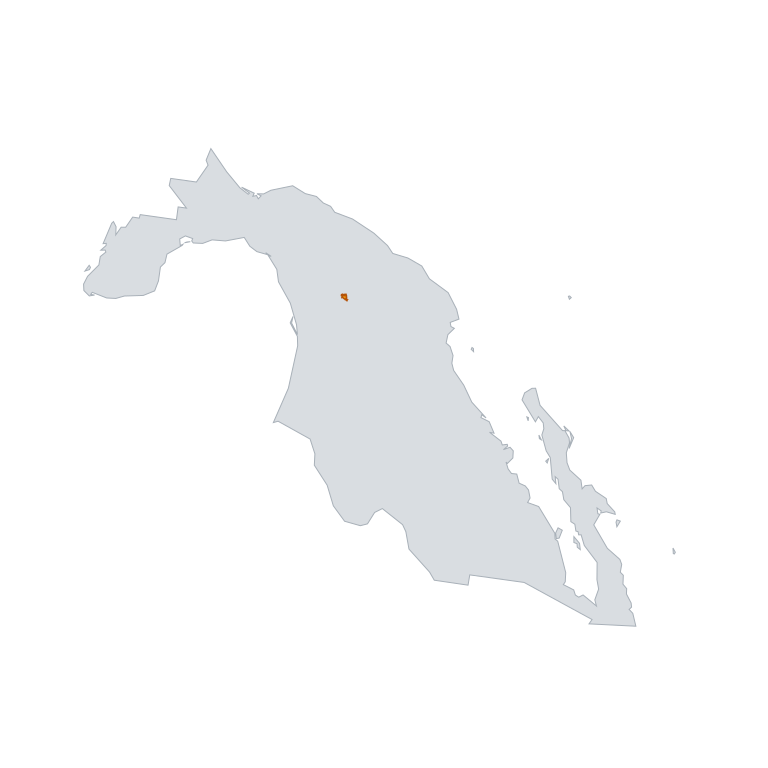 Aculco, México, Mexico shown in context, rotated 188°
{"feature_id": "50627088B12857045520905", "entity_name": "Aculco", "entity_type": "district", "adm_level": 2, "iso_a3": "MEX", "parent_name": "Mexico", "parent_adm1": "México", "projection": "robinson", "projection_center": [-99.832, 20.136], "detail": "fine", "context": "in_parent", "style": "filled", "palette": "amber", "viewbox_px": 768, "rotation_deg": 188, "n_neighbors": 0, "source": "geoboundaries", "source_scale": "gbopen_adm2", "svg_char_len": 5389}
<svg xmlns="http://www.w3.org/2000/svg" viewBox="0 0 768 768"><g transform="rotate(188 384 384)"><path d="M100.9,179.2L147.6,175.0L145.2,179.7L217.6,207.0L272.5,206.9L272.8,196.5L306.9,196.7L312.7,204.1L336.3,224.0L341.8,240.8L346.0,247.3L368.3,260.4L375.4,255.5L380.9,243.2L387.7,240.4L403.9,242.6L417.2,256.3L426.2,275.9L441.7,293.9L442.7,305.2L449.5,319.2L483.7,332.4L488.2,330.4L478.1,366.5L474.8,409.8L476.4,419.1L485.4,431.5L483.5,438.2L484.0,431.5L476.6,420.9L478.9,430.6L488.0,451.0L502.7,470.5L506.1,482.6L516.4,495.0L513.5,494.7L519.4,497.6L517.5,495.9L528.3,497.4L536.0,501.7L542.8,509.7L560.9,503.6L574.3,502.8L583.1,498.0L592.5,497.1L594.3,498.9L593.7,501.4L601.3,503.0L606.5,499.2L605.0,492.8L602.5,494.4L603.2,493.1L617.0,482.4L617.8,473.7L621.7,468.7L621.7,454.7L624.1,444.3L634.7,438.2L653.3,435.0L661.5,431.4L670.6,430.6L685.7,434.2L686.9,431.9L683.0,431.8L688.1,430.2L694.2,434.8L695.4,441.1L692.5,449.4L682.9,462.2L682.7,470.7L677.8,475.9L678.7,477.8L683.1,477.1L678.5,482.4L678.6,484.6L681.7,483.9L676.0,505.3L674.5,507.2L671.2,502.4L670.4,494.3L666.1,502.7L661.6,503.3L656.1,514.3L649.5,514.2L649.0,517.8L612.4,517.8L612.5,530.7L604.1,530.7L624.3,550.6L623.8,557.9L597.9,557.9L588.7,576.2L591.3,580.9L588.2,593.0L569.3,572.2L554.1,558.3L544.9,553.0L543.8,554.3L552.4,559.1L539.1,554.9L540.0,551.6L536.5,552.9L534.3,549.9L531.9,553.2L536.3,554.7L529.6,555.5L523.0,560.1L502.0,567.6L488.5,561.6L477.0,560.3L469.3,554.8L461.6,552.5L456.7,547.2L438.1,543.0L414.9,531.9L399.8,521.6L393.5,514.5L377.9,512.1L363.0,506.1L353.7,494.5L333.2,483.4L322.5,468.1L318.8,458.7L327.0,454.2L325.7,450.2L322.1,448.9L327.6,441.8L328.2,433.2L323.8,430.3L319.6,421.8L319.7,414.0L316.9,407.1L304.9,394.0L294.5,378.2L278.2,364.6L282.9,367.2L283.3,364.2L274.6,361.3L268.2,350.6L272.8,350.9L260.2,343.7L258.4,340.1L253.6,341.4L252.9,339.8L256.6,335.6L250.4,338.9L246.7,335.8L246.1,328.7L250.7,322.5L252.3,323.7L249.3,317.2L245.3,313.1L240.0,313.3L236.4,304.6L229.9,302.7L226.1,299.1L223.5,291.4L225.3,286.6L213.8,284.2L194.1,260.0L193.0,254.3L190.1,252.5L177.8,222.5L177.0,213.3L178.5,210.3L167.5,206.5L165.1,201.6L161.5,200.0L157.5,202.8L142.7,193.7L145.2,199.6L142.9,210.8L145.9,219.9L148.1,236.9L163.2,252.0L167.8,262.1L170.2,261.7L171.3,264.8L173.5,265.1L175.5,271.7L179.8,273.7L182.1,287.5L189.8,294.4L192.3,302.2L195.9,304.7L198.4,313.9L201.6,316.1L199.9,309.2L204.2,313.2L209.1,334.3L214.1,340.4L220.6,355.5L219.5,361.9L220.9,367.6L226.6,373.2L228.8,367.6L245.1,387.5L243.5,394.8L236.9,400.3L233.3,400.9L226.5,384.6L200.7,362.7L198.4,363.0L193.2,356.2L192.1,351.5L193.9,341.3L191.8,331.5L188.0,324.6L175.6,316.1L173.2,307.7L170.8,311.3L164.3,312.9L159.7,307.2L148.0,301.5L146.3,296.6L137.7,289.5L136.9,287.1L146.0,288.4L151.4,286.4L151.3,288.6L155.8,290.9L154.2,285.3L152.1,285.0L156.7,273.7L140.0,252.4L126.0,243.1L123.5,238.4L123.8,230.5L120.4,227.9L119.5,219.0L115.2,215.1L114.7,209.8L108.8,201.5L107.8,197.5L109.9,194.9L105.7,191.5L100.9,179.2ZM193.3,260.3L191.6,265.8L187.1,264.0L189.1,255.8L191.8,254.9L193.3,260.3ZM174.7,259.3L168.2,253.4L166.6,247.3L169.9,249.3L170.6,252.7L173.9,253.5L174.7,259.3ZM692.5,460.5L690.9,458.7L691.6,456.3L695.9,454.2L692.5,460.5ZM193.3,362.9L188.7,357.3L191.7,345.9L190.7,356.1L193.3,362.9ZM134.4,281.9L130.9,281.1L133.5,275.0L135.0,279.5L134.4,281.9ZM75.0,261.8L72.1,257.9L72.8,256.1L73.9,256.3L75.0,261.8ZM197.3,363.1L200.1,367.5L194.2,363.2L197.3,363.1ZM302.5,430.5L301.9,432.4L300.4,431.6L299.8,428.5L302.5,430.5ZM222.5,351.5L223.5,355.0L220.4,350.6L222.5,351.5ZM211.4,328.5L213.1,330.1L210.5,333.3L211.4,328.5ZM213.6,496.5L212.4,497.0L210.6,495.6L212.2,493.7L213.6,496.5ZM598.9,497.2L595.6,498.0L601.2,496.1L598.9,497.2ZM238.0,371.3L236.3,370.9L236.1,367.6L238.0,371.3Z" fill="#d9dde1" stroke="#a8b0b8" stroke-width="1"/><path d="M437.4,467.1L437.5,467.1L437.5,466.9L437.7,466.7L437.8,466.6L438.0,466.5L438.0,466.4L438.4,466.5L438.4,466.2L438.5,466.2L438.5,465.7L438.4,465.7L438.1,465.6L437.9,465.5L437.8,465.4L437.7,465.2L437.6,465.3L437.5,465.2L437.6,464.8L437.4,464.9L437.5,464.7L437.6,464.3L437.6,463.8L437.2,464.0L436.9,464.2L436.8,463.9L436.7,463.9L436.5,463.7L436.4,463.6L436.2,463.4L435.9,463.3L435.8,463.2L435.7,463.2L435.4,463.0L435.3,462.9L435.2,462.9L435.0,462.7L434.9,462.7L434.7,462.6L434.4,462.6L434.2,462.6L434.1,462.4L433.9,462.3L433.7,462.3L433.7,462.2L433.5,462.3L433.5,462.5L432.9,462.6L432.9,462.4L432.9,462.2L432.8,461.9L432.7,461.7L432.4,461.5L432.4,461.4L432.2,461.4L432.2,461.6L432.3,461.7L432.3,461.8L432.4,462.0L432.5,462.1L432.4,462.2L432.5,462.2L432.5,462.3L432.5,462.5L432.6,462.8L432.8,463.0L433.0,463.2L433.0,463.3L433.1,463.5L433.3,463.5L433.2,463.6L433.3,463.7L433.3,463.8L433.5,463.9L433.4,463.9L433.2,463.8L433.2,464.0L433.3,464.2L433.3,464.3L433.1,464.4L433.1,464.5L433.1,464.8L433.2,465.0L433.3,465.3L433.4,465.5L433.4,466.0L433.5,466.2L433.6,466.4L433.6,466.5L433.9,466.6L434.0,466.7L433.8,466.8L433.9,467.0L434.0,467.1L434.5,467.2L434.4,467.2L434.4,467.3L434.5,467.3L434.4,467.3L434.3,467.5L434.5,467.5L434.7,467.4L434.8,467.4L435.0,467.4L435.2,467.2L435.4,467.2L435.3,466.8L435.3,466.6L435.2,466.6L435.3,466.5L435.3,466.4L435.4,466.5L435.5,466.5L435.5,466.3L436.1,466.5L436.2,466.3L436.3,466.3L436.2,466.3L436.3,466.4L436.2,466.4L436.2,466.5L436.3,466.5L436.3,466.8L436.5,466.8L436.8,466.9L437.0,466.8L437.1,467.0L437.3,467.1L437.4,467.1Z" fill="#f59e0b" stroke="#b45309" stroke-width="1.5"/></g></svg>